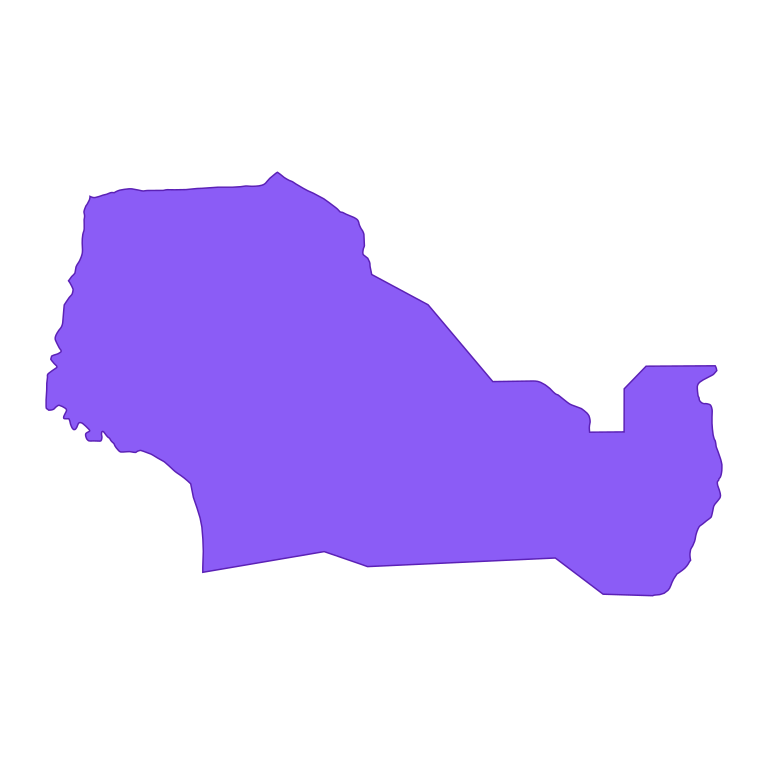 San Jose, La Paz, Honduras
{"feature_id": "27666195B94160628539031", "entity_name": "San Jose", "entity_type": "district", "adm_level": 2, "iso_a3": "HND", "parent_name": "Honduras", "parent_adm1": "La Paz", "projection": "albers", "projection_center": [-87.966, 14.235], "detail": "fine", "context": "isolated", "style": "filled", "palette": "violet", "viewbox_px": 768, "rotation_deg": 0, "n_neighbors": 0, "source": "geoboundaries", "source_scale": "gbopen_adm2", "svg_char_len": 5950}
<svg xmlns="http://www.w3.org/2000/svg" viewBox="0 0 768 768"><path d="M68.5,280.8L69.8,282.6L71.0,284.8L71.9,286.5L73.0,289.0L73.1,289.8L72.8,291.7L72.3,293.6L71.8,294.6L71.3,295.2L70.0,296.6L69.2,297.5L66.2,301.9L64.3,304.8L64.2,305.3L63.8,309.6L62.8,321.8L62.6,323.4L62.2,325.0L61.6,326.5L61.0,327.6L58.9,330.2L57.1,333.0L56.0,335.1L55.4,336.8L55.2,337.8L55.2,338.9L55.3,339.6L55.6,340.5L57.0,343.5L59.1,347.6L59.8,348.7L61.0,350.3L61.2,350.9L61.2,351.2L61.0,351.7L60.4,352.3L59.3,353.0L58.1,353.7L56.8,354.2L53.8,355.1L51.8,356.0L51.6,356.2L50.8,359.1L50.9,359.5L52.0,361.0L54.2,363.6L56.6,365.9L56.8,366.5L56.9,367.0L56.8,367.4L56.4,367.8L52.0,370.8L48.7,373.3L47.8,374.2L47.5,374.9L47.4,375.6L47.5,377.1L46.8,383.3L46.7,390.1L46.1,399.9L46.1,406.3L46.2,407.6L46.3,408.2L46.7,408.7L47.6,409.2L48.6,410.1L50.2,410.1L51.8,409.9L53.0,409.5L53.7,409.2L54.4,408.6L55.6,407.3L56.7,406.4L58.0,405.5L58.9,405.3L59.3,405.3L60.0,405.6L62.1,406.4L63.9,407.4L65.5,408.4L66.0,408.9L66.3,409.4L66.5,410.1L66.5,410.7L66.2,411.5L64.6,414.6L63.8,416.4L63.6,417.4L63.7,418.0L63.8,418.3L64.2,418.6L64.6,418.7L66.5,418.8L68.5,418.7L68.7,418.8L69.0,419.0L69.8,420.9L70.5,424.1L71.2,426.0L71.9,427.5L72.5,428.5L73.3,429.3L73.8,429.6L74.3,429.6L74.9,429.5L75.4,429.2L75.8,428.8L76.8,427.3L77.7,425.0L78.2,423.9L78.7,423.2L79.0,422.9L79.3,422.7L79.8,422.6L80.4,422.6L81.9,423.0L83.3,424.0L85.8,426.2L88.9,429.3L89.4,429.9L89.7,430.6L89.7,430.9L89.4,431.3L87.0,432.6L86.1,433.3L85.8,433.7L85.6,434.4L85.6,435.2L85.7,436.0L86.0,437.1L86.4,438.2L86.8,439.0L87.4,439.7L87.9,440.2L88.5,440.7L89.4,440.9L90.5,441.0L93.5,440.9L99.7,441.1L100.5,441.0L100.8,440.9L101.1,440.5L101.5,439.8L101.7,438.9L101.9,437.8L101.9,436.6L101.5,434.3L101.6,432.7L101.8,432.0L102.2,431.6L102.6,431.4L103.1,431.5L103.8,432.0L106.5,435.6L107.5,436.7L108.1,437.3L109.2,438.0L109.7,438.5L110.8,440.4L111.5,441.3L112.6,442.4L113.9,443.5L115.0,446.0L116.3,447.9L118.6,450.6L119.7,451.5L120.5,451.9L121.0,452.0L123.1,452.0L127.2,451.7L129.5,451.6L130.9,451.8L133.8,452.3L135.2,452.4L135.7,452.4L136.1,452.2L137.2,451.4L138.1,451.0L139.8,450.5L140.7,450.4L143.5,451.3L151.0,454.1L152.5,454.9L157.6,458.0L162.6,460.8L164.3,461.8L168.8,465.7L173.4,470.0L175.1,471.5L176.7,472.7L181.1,475.7L184.3,478.1L187.5,480.8L190.7,483.8L193.4,497.4L197.0,507.9L200.1,518.0L201.9,527.1L202.9,539.4L203.3,551.3L202.8,567.3L202.8,572.3L324.2,551.6L361.4,564.4L367.5,566.6L555.3,558.0L603.1,594.2L652.6,595.7L654.4,595.1L659.8,594.6L664.2,593.2L668.0,590.3L669.6,588.2L671.1,584.8L671.9,582.6L673.7,578.9L677.0,573.9L678.9,572.7L682.1,570.4L684.7,568.3L686.7,566.1L688.2,564.0L689.5,561.6L690.6,560.3L690.1,557.4L689.9,554.9L690.0,553.2L690.6,549.5L691.1,548.5L692.8,545.6L694.6,541.3L695.2,539.0L695.7,536.0L696.1,534.3L697.0,531.4L698.1,528.7L699.2,526.7L699.8,526.0L702.7,523.9L706.6,520.7L709.6,518.5L711.0,517.3L711.5,516.2L712.0,514.3L712.8,510.7L713.4,507.5L713.8,506.1L714.3,505.2L714.9,504.2L717.9,500.6L719.8,498.1L720.2,497.2L720.4,496.3L720.5,495.4L720.2,493.3L719.3,490.0L717.7,485.5L717.4,483.9L717.3,482.6L717.4,481.9L717.6,481.4L718.4,480.5L718.7,480.1L719.0,478.8L720.0,477.6L720.4,477.0L721.1,474.9L721.5,472.9L721.8,470.7L721.9,467.9L721.9,464.7L721.4,462.2L720.7,459.4L718.1,451.8L716.3,447.1L716.1,446.2L715.8,443.7L715.4,441.5L715.1,440.5L714.4,439.4L714.1,438.6L713.6,436.8L713.1,434.7L712.4,429.0L712.0,423.4L712.0,417.0L712.2,411.3L712.1,409.6L711.6,407.4L711.2,406.4L710.7,405.4L710.0,404.7L709.6,404.5L708.8,404.2L707.2,403.8L705.9,403.6L704.2,403.7L702.9,403.4L702.1,403.0L701.3,402.5L700.7,401.9L700.0,401.2L699.3,399.9L699.2,399.2L699.0,397.7L698.3,396.4L698.0,395.4L697.5,391.3L697.3,388.4L697.3,386.5L697.7,385.0L698.3,383.8L699.4,382.5L700.4,381.7L703.3,379.8L712.7,374.9L713.5,374.3L714.1,373.7L716.7,370.7L716.8,370.5L716.7,370.2L716.3,368.3L715.8,367.0L715.2,365.8L646.1,366.2L624.2,388.8L624.1,431.9L589.6,432.2L589.4,429.6L589.3,427.7L589.5,425.4L590.1,422.2L590.1,421.1L590.0,419.9L589.6,417.9L589.0,415.9L588.2,414.6L587.0,413.1L584.2,410.7L582.1,409.1L581.4,408.6L578.0,407.3L571.8,405.0L570.1,404.2L569.1,403.6L566.9,402.0L558.3,395.1L557.7,394.8L556.4,394.4L555.0,393.5L553.0,391.7L549.9,388.5L547.4,386.5L545.1,384.8L540.9,382.5L539.3,381.9L537.7,381.4L535.5,381.1L533.2,381.0L492.8,381.6L428.1,304.8L371.7,274.5L370.1,266.6L370.0,265.5L369.9,263.5L369.5,261.9L368.5,259.8L367.8,258.3L363.5,254.9L363.2,254.5L363.0,254.1L362.8,252.3L363.1,250.1L363.4,248.6L364.2,246.6L364.4,245.7L363.9,234.3L363.5,232.9L362.9,231.5L362.5,230.7L361.0,228.5L359.7,225.8L359.1,224.1L358.7,222.3L358.3,221.2L357.8,220.3L357.0,219.4L355.6,218.4L353.8,217.4L346.1,214.2L342.8,212.5L341.7,212.2L341.4,212.3L341.0,212.2L340.4,212.0L339.8,211.6L337.5,209.1L335.7,207.6L329.6,203.0L323.8,198.8L313.3,193.2L307.7,190.7L303.6,188.5L298.0,185.2L296.1,184.1L292.8,181.9L291.8,181.4L289.2,180.4L286.8,179.1L284.2,177.5L280.4,174.4L277.5,172.3L277.2,172.4L275.7,173.4L269.8,178.3L267.3,181.1L265.7,183.0L264.8,183.8L263.7,184.5L262.0,185.2L260.6,185.5L258.7,185.9L255.3,186.2L252.0,186.3L249.5,186.2L246.8,186.0L245.7,186.0L240.6,186.7L232.6,187.2L218.0,187.2L202.2,188.3L197.1,188.5L191.0,189.1L186.0,189.6L174.7,189.8L167.4,189.7L165.6,189.9L163.8,190.3L163.1,190.4L147.7,190.5L146.2,190.6L143.4,191.0L141.7,190.8L138.6,190.1L132.1,188.9L130.9,188.8L129.2,188.8L124.0,189.4L119.6,190.2L117.4,191.0L115.7,191.8L114.2,192.7L111.9,192.5L110.6,192.7L109.5,193.1L106.5,194.3L103.1,195.1L99.1,196.5L95.3,197.5L94.3,197.6L93.1,197.5L91.6,197.1L90.0,196.4L90.0,197.1L89.9,198.0L89.4,199.9L87.7,203.2L87.1,204.3L86.0,205.8L85.7,206.4L84.5,209.5L84.0,211.4L84.0,212.5L84.4,214.4L84.6,215.9L84.5,217.3L84.1,219.7L84.2,224.5L84.2,228.7L84.0,230.4L83.2,232.9L82.8,234.5L82.3,238.8L82.2,243.1L82.5,249.9L82.4,252.3L82.1,254.1L81.2,257.0L79.6,260.7L78.8,262.1L77.1,264.7L76.1,266.7L75.9,267.6L75.2,271.7L74.9,273.1L73.7,274.6L71.7,276.5L69.5,279.5L68.5,280.8Z" fill="#8b5cf6" stroke="#5b21b6" stroke-width="1.5"/></svg>